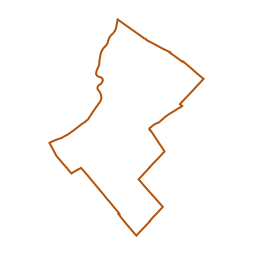 the district of Gropeni, Braila, Romania, rotated 205°
{"feature_id": "2599482B39333936770759", "entity_name": "Gropeni", "entity_type": "district", "adm_level": 2, "iso_a3": "ROU", "parent_name": "Romania", "parent_adm1": "Braila", "projection": "equal_earth", "projection_center": [27.896, 45.061], "detail": "fine", "context": "isolated", "style": "outline", "palette": "amber", "viewbox_px": 256, "rotation_deg": 205, "n_neighbors": 0, "source": "geoboundaries", "source_scale": "gbopen_adm2", "svg_char_len": 5254}
<svg xmlns="http://www.w3.org/2000/svg" viewBox="0 0 256 256"><g transform="rotate(205 128 128)"><path d="M80.3,204.4L80.5,204.4L81.7,204.8L81.8,204.8L84.3,205.5L86.9,206.2L87.0,206.2L89.5,206.9L92.1,207.7L92.3,207.7L93.3,208.0L93.5,208.1L106.2,211.6L106.3,211.0L122.1,214.0L121.9,214.5L122.9,214.5L131.0,214.6L131.5,214.6L131.9,214.7L132.0,214.7L144.9,215.4L148.1,215.5L148.3,215.6L148.6,215.7L149.2,216.1L149.3,216.1L150.4,216.1L150.6,216.1L151.9,216.0L152.8,216.4L183.3,222.0L183.3,221.9L183.1,221.2L182.9,220.4L182.7,219.7L182.6,219.3L182.5,219.0L182.5,218.8L182.4,218.6L182.4,218.4L182.3,218.2L182.2,217.8L182.1,217.6L182.0,217.1L181.9,216.8L181.7,216.3L181.7,215.8L181.5,215.3L181.4,215.1L181.4,214.8L181.3,214.2L181.2,214.0L181.1,213.7L181.1,213.4L181.0,213.0L181.0,212.7L181.0,212.4L180.9,212.0L180.9,211.8L180.9,211.6L180.9,211.4L180.9,211.1L181.0,210.8L180.9,210.7L180.9,210.3L181.0,210.0L181.1,209.7L181.1,209.3L181.2,208.9L181.3,208.3L181.4,207.9L181.5,207.6L181.6,207.3L181.7,207.0L181.9,206.4L182.0,206.3L182.0,206.2L182.3,205.5L182.5,205.0L182.7,204.5L182.7,204.3L182.8,204.0L182.9,203.4L182.9,203.2L182.9,202.9L183.0,202.7L183.0,202.4L183.1,202.0L183.1,201.6L183.1,201.2L183.1,200.6L183.1,200.2L183.0,199.8L182.9,199.6L182.9,199.4L182.9,199.2L182.9,198.7L182.8,198.2L182.6,197.6L182.6,197.2L182.5,196.5L182.5,196.0L182.4,195.6L182.4,195.3L182.5,195.1L182.5,194.8L182.5,194.5L182.6,194.2L182.7,193.7L182.8,193.5L182.9,193.3L182.9,193.0L183.1,192.8L183.1,192.6L183.2,192.3L183.3,191.9L183.5,191.6L183.5,191.2L183.7,190.9L183.8,190.7L183.9,190.3L183.9,190.1L184.0,189.8L184.1,189.4L184.1,189.1L184.2,188.6L184.2,188.2L184.2,187.8L184.2,187.6L184.3,187.4L184.3,187.0L184.3,186.7L184.3,186.4L184.4,185.8L184.4,185.4L184.4,184.9L184.3,184.4L184.1,183.9L184.0,183.4L183.9,182.6L183.7,181.9L183.6,181.5L183.3,180.7L183.2,180.3L183.0,179.4L182.8,178.9L182.7,178.1L182.5,177.6L182.3,176.9L182.1,176.3L181.9,175.8L181.8,175.5L181.7,175.2L181.5,174.8L181.3,174.2L181.2,173.9L181.0,173.5L180.9,173.2L180.9,172.8L180.8,172.1L180.7,171.4L180.7,170.8L180.7,170.2L180.7,169.4L180.7,168.8L180.7,167.8L180.7,167.2L180.7,166.7L180.5,166.2L180.4,165.5L180.2,164.9L180.1,164.4L180.0,163.9L179.8,163.6L179.6,163.3L179.5,163.2L179.3,163.1L179.1,162.9L178.7,162.8L178.4,162.5L177.6,162.2L176.5,162.1L175.4,162.2L174.5,162.4L173.4,162.4L172.1,162.0L171.7,161.6L171.3,161.1L171.1,160.7L170.9,160.3L170.8,159.8L170.8,159.3L170.8,158.7L170.8,158.3L170.9,158.0L171.0,157.6L171.1,156.9L171.3,156.4L171.5,156.0L171.8,155.6L172.2,155.1L172.4,154.7L172.6,154.3L172.8,153.8L172.9,153.2L172.9,152.7L172.8,152.2L172.7,151.7L172.5,151.2L172.4,151.0L172.3,150.9L172.1,150.6L171.8,150.3L171.4,150.1L171.0,149.8L170.8,149.7L170.4,149.5L170.0,149.3L169.5,149.1L169.1,148.8L168.6,148.5L168.4,148.3L168.2,148.1L167.8,147.8L167.4,147.5L167.0,147.0L166.6,146.6L166.2,146.1L165.9,145.7L165.6,145.3L165.2,144.6L165.0,144.3L164.8,143.8L164.7,143.6L164.7,143.3L164.5,142.8L164.5,142.6L164.5,142.3L164.4,141.9L164.4,141.7L164.4,141.4L164.4,141.0L164.4,140.5L164.4,140.1L164.5,139.6L164.7,138.5L165.0,137.3L165.3,135.1L165.9,132.4L166.2,130.0L166.5,128.6L166.7,127.5L166.8,126.6L167.1,124.3L167.3,122.7L167.4,122.1L167.5,121.8L167.5,121.5L167.7,120.3L167.8,119.1L168.1,118.3L168.5,117.6L168.9,117.1L169.0,116.7L169.3,115.9L169.5,115.3L169.7,115.1L170.5,113.6L171.0,112.9L171.2,112.7L171.8,111.6L171.9,111.3L172.6,110.1L173.3,108.7L173.7,107.9L174.1,106.9L174.3,106.7L175.2,105.0L176.3,102.7L176.9,101.7L177.2,101.3L178.3,99.2L179.8,96.7L181.9,93.9L184.1,90.8L185.5,89.5L187.0,88.1L187.3,87.8L188.2,86.8L189.1,85.8L190.1,84.8L191.1,83.6L191.9,82.6L192.9,81.3L180.8,72.3L179.0,71.5L177.2,70.7L172.9,68.7L169.4,67.1L167.1,66.1L166.7,66.1L166.2,66.0L165.8,65.7L165.3,65.3L162.7,64.1L161.5,63.5L160.0,62.9L159.6,63.6L158.5,65.5L157.4,66.9L156.7,67.9L155.9,68.9L156.0,69.0L155.5,69.6L155.1,70.1L154.3,71.0L153.8,71.8L153.7,72.0L153.2,71.8L152.8,71.6L151.1,70.9L150.4,70.6L149.6,70.2L148.6,69.8L147.5,69.3L146.5,68.8L144.7,68.0L140.3,65.9L138.9,65.2L134.9,63.4L128.8,60.5L121.7,57.2L120.2,56.4L117.5,55.1L116.0,54.4L114.7,53.9L111.5,52.4L109.8,51.6L108.1,50.7L105.5,49.5L104.9,49.2L103.3,48.5L102.1,47.9L100.9,47.3L100.3,47.0L99.6,46.6L100.2,45.9L99.9,45.8L96.9,44.3L96.9,44.2L93.8,42.7L88.0,39.9L84.7,38.4L82.0,37.2L77.7,35.2L74.9,34.0L74.7,34.9L73.9,37.3L70.4,47.6L69.5,50.3L69.3,51.1L69.1,51.7L68.7,52.8L69.0,52.9L67.6,57.5L66.9,59.6L66.4,61.0L63.1,71.2L74.7,76.3L77.8,77.6L82.1,79.5L88.2,82.1L96.7,86.0L93.5,95.8L91.6,101.7L91.8,101.7L90.6,105.3L89.4,108.9L89.3,109.1L89.2,109.3L87.5,114.4L86.2,118.2L86.2,118.4L85.4,120.7L84.9,122.0L86.9,123.4L88.9,124.7L90.1,125.4L90.6,125.6L96.1,129.0L97.4,129.8L101.1,132.1L103.1,133.3L107.3,135.8L107.6,135.4L107.7,135.5L107.9,135.8L108.1,136.1L108.5,136.6L106.1,141.5L106.0,141.9L104.1,144.3L103.6,144.8L102.4,146.1L101.3,148.5L100.9,149.4L100.5,150.3L100.2,151.0L99.3,153.0L99.1,153.6L98.9,153.9L98.9,154.0L98.7,154.4L98.4,154.9L97.8,155.9L97.1,157.2L96.7,157.9L96.6,158.0L95.9,159.1L94.7,160.8L93.6,162.5L93.0,163.4L91.0,166.6L90.0,168.3L89.9,168.3L89.4,168.4L88.9,169.5L88.2,170.9L89.1,171.1L90.3,171.4L90.9,171.5L91.0,171.6L90.1,174.6L89.8,175.5L88.4,179.6L87.0,183.6L81.8,199.8L80.3,204.4Z" fill="none" stroke="#b45309" stroke-width="2"/></g></svg>